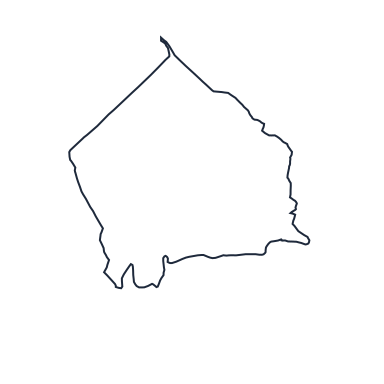 outline of Baladruz, Diyala, Iraq, rotated 119°
{"feature_id": "34846034B64184275342457", "entity_name": "Baladruz", "entity_type": "district", "adm_level": 2, "iso_a3": "IRQ", "parent_name": "Iraq", "parent_adm1": "Diyala", "projection": "mercator", "projection_center": [45.392, 33.561], "detail": "fine", "context": "isolated", "style": "outline", "palette": "slate", "viewbox_px": 384, "rotation_deg": 119, "n_neighbors": 0, "source": "geoboundaries", "source_scale": "gbopen_adm2", "svg_char_len": 3439}
<svg xmlns="http://www.w3.org/2000/svg" viewBox="0 0 384 384"><g transform="rotate(119 192 192)"><path d="M72.0,293.9L73.2,293.2L74.7,292.4L74.9,289.2L75.2,287.3L76.6,285.4L77.6,283.1L78.4,282.2L80.8,280.1L82.8,278.4L84.1,277.8L84.4,277.6L89.1,279.2L99.0,281.8L109.7,284.8L126.2,289.9L134.7,292.7L152.3,298.3L158.5,300.3L164.5,302.5L180.2,306.8L190.1,310.4L193.1,311.5L197.0,313.2L197.3,313.2L214.4,318.7L216.6,318.7L220.5,316.2L223.0,314.1L223.3,313.1L225.0,309.7L227.2,305.9L229.9,305.0L231.3,303.8L231.6,303.4L235.9,299.2L238.5,296.4L241.9,292.4L245.1,288.9L246.8,286.2L249.4,281.5L254.4,273.8L256.7,269.2L260.0,264.3L265.1,255.7L267.0,252.3L271.3,251.6L273.1,251.5L274.5,250.9L276.3,250.2L278.8,249.2L281.4,245.5L283.9,242.1L286.3,240.4L287.3,239.5L288.9,236.7L290.2,234.9L291.7,231.6L296.7,230.7L299.3,230.0L304.8,230.0L306.1,225.6L309.8,214.7L310.8,213.3L312.0,212.6L311.4,209.7L310.5,207.3L308.5,207.1L306.8,208.2L303.9,210.1L301.5,211.5L297.1,211.7L291.7,211.3L286.7,210.8L284.7,210.5L284.7,208.7L286.0,207.5L289.1,205.5L293.0,203.2L296.7,200.6L298.8,199.2L300.2,196.9L301.1,194.8L301.1,192.1L299.9,189.8L298.5,187.5L295.5,184.9L291.7,182.4L291.6,181.2L292.1,178.2L292.4,177.0L291.3,176.1L288.6,176.4L284.8,177.0L282.0,177.0L278.5,176.6L276.4,177.7L273.5,178.4L271.4,180.1L266.3,183.7L263.8,185.1L261.7,184.9L260.7,184.2L260.7,183.3L261.0,182.1L261.9,180.8L263.4,180.1L265.0,179.4L265.0,178.4L264.8,176.8L263.8,175.0L260.6,172.0L258.5,170.4L255.3,168.0L252.3,165.5L250.0,163.0L247.2,159.5L244.6,156.3L242.6,153.3L241.5,151.4L241.4,150.3L241.3,149.6L241.0,146.8L240.6,144.3L239.9,142.0L238.2,139.5L236.5,137.9L234.0,135.6L232.1,133.9L231.6,132.6L230.9,131.0L229.3,128.7L227.7,125.9L226.0,122.7L224.0,119.9L220.3,114.8L215.6,106.3L214.3,102.9L213.0,100.4L211.8,99.2L209.7,98.5L208.9,98.5L207.2,99.4L204.7,100.4L203.3,100.4L200.6,100.1L198.3,99.5L197.0,98.7L195.5,96.7L194.0,94.8L192.7,93.2L190.2,91.0L190.3,90.5L190.7,90.3L190.9,90.2L190.5,89.0L189.9,88.3L189.2,86.9L188.7,84.1L187.9,82.5L187.1,81.0L186.0,78.8L184.9,76.6L184.3,74.2L183.6,71.7L183.2,69.1L182.9,67.4L182.1,66.4L180.7,65.3L179.3,65.3L177.5,65.9L177.4,65.9L177.2,66.1L176.3,67.8L175.3,69.2L175.3,73.0L174.7,80.0L173.9,81.8L172.0,85.9L171.2,88.5L170.7,88.7L167.9,89.5L166.0,89.7L163.5,90.3L161.8,90.8L162.1,93.5L162.7,95.6L161.2,95.1L157.5,93.0L156.6,92.8L155.3,94.0L154.7,94.1L153.5,94.4L151.3,94.7L150.9,95.1L150.2,96.3L149.7,97.7L149.7,99.4L149.4,101.2L149.2,103.7L146.4,104.6L142.7,106.6L138.5,108.7L136.3,110.0L135.2,112.1L133.6,114.3L133.2,115.5L131.0,116.5L128.4,117.4L124.1,118.7L122.4,119.5L121.2,119.5L119.8,119.9L117.6,121.1L115.3,122.0L114.3,122.9L111.1,122.9L110.0,123.4L108.4,124.0L107.8,125.5L106.9,127.3L105.8,129.6L105.1,130.7L103.9,132.0L103.9,133.0L103.9,134.3L104.0,135.7L103.8,137.3L103.1,139.3L102.6,141.8L102.3,144.3L102.3,145.8L102.3,147.0L103.2,148.6L104.0,149.9L105.1,152.0L105.1,153.6L105.1,156.7L104.4,160.4L102.6,160.7L100.9,160.8L98.8,161.4L97.4,162.0L97.6,163.2L97.6,164.9L97.2,166.7L97.2,168.7L97.4,170.1L98.4,172.4L98.4,173.3L98.2,174.9L97.3,176.2L96.8,177.6L96.1,179.0L95.1,180.4L94.4,181.1L93.5,182.6L92.4,187.7L91.3,190.3L90.6,193.1L89.5,196.9L88.6,199.6L88.3,204.0L88.1,206.2L87.8,208.4L89.2,211.8L90.2,214.5L92.4,219.4L93.5,221.9L93.3,223.7L91.4,231.3L90.4,235.7L88.0,245.1L86.8,250.1L84.7,258.9L82.7,266.6L80.8,273.5L79.2,276.1L75.5,282.4L73.2,287.3L72.9,289.9L72.0,293.9Z" fill="none" stroke="#1e293b" stroke-width="2"/></g></svg>